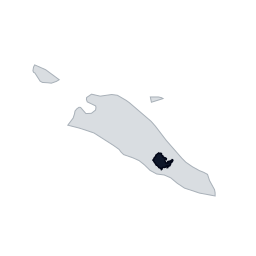 Ossu, Viqueque, East Timor shown in context, rotated 52°
{"feature_id": "22284137B78761758678939", "entity_name": "Ossu", "entity_type": "district", "adm_level": 2, "iso_a3": "TLS", "parent_name": "East Timor", "parent_adm1": "Viqueque", "projection": "albers", "projection_center": [126.407, -8.715], "detail": "fine", "context": "in_parent", "style": "filled", "palette": "ink", "viewbox_px": 256, "rotation_deg": 52, "n_neighbors": 0, "source": "geoboundaries", "source_scale": "gbopen_adm2", "svg_char_len": 4400}
<svg xmlns="http://www.w3.org/2000/svg" viewBox="0 0 256 256"><g transform="rotate(52 128 128)"><path d="M88.7,173.7L86.4,165.1L83.9,161.4L82.0,159.3L81.4,156.6L81.5,153.9L82.6,152.7L90.7,152.3L93.9,147.8L93.9,142.5L92.2,140.7L90.7,139.9L82.3,144.0L79.9,143.2L78.5,141.8L78.9,135.9L85.8,130.3L91.6,120.2L95.7,116.2L105.2,112.4L109.1,111.3L136.9,105.7L143.6,105.3L161.2,105.5L184.8,104.2L190.6,103.5L198.2,101.1L205.5,98.0L209.4,95.7L213.5,93.9L219.6,96.1L229.9,97.8L232.6,99.2L235.2,101.2L223.2,111.8L210.1,120.5L202.0,123.2L193.6,125.0L187.3,128.4L181.9,133.7L175.0,136.7L167.3,137.7L160.6,139.3L154.7,142.4L146.3,147.8L142.9,148.3L139.4,148.2L132.4,150.3L110.9,157.9L98.0,166.5L88.7,173.7ZM20.8,162.7L31.4,157.0L47.6,152.5L47.2,155.7L45.5,160.8L43.1,163.2L39.4,167.4L37.0,168.4L27.3,167.5L26.0,168.1L24.4,167.7L21.9,165.0L20.8,162.7ZM126.4,82.3L122.1,93.7L117.3,91.3L122.4,84.8L124.8,82.9L126.4,82.3Z" fill="#d9dde1" stroke="#a8b0b8" stroke-width="1"/><path d="M180.2,112.6L180.3,112.7L180.4,112.9L180.3,113.2L180.3,113.3L180.5,113.3L180.5,113.6L180.3,113.6L180.2,113.5L180.1,113.8L180.2,113.7L180.2,113.8L180.3,114.0L180.1,114.2L180.1,114.3L180.4,114.4L180.5,114.4L180.6,114.5L180.6,114.9L180.4,115.0L180.2,115.2L180.2,115.4L180.0,115.5L179.9,115.7L179.7,115.8L179.8,116.0L179.7,116.0L179.5,116.3L179.4,116.4L179.4,116.6L179.2,116.7L179.2,116.8L179.1,117.0L179.3,117.0L179.3,117.3L179.5,117.3L179.5,117.5L179.8,117.6L179.5,117.7L179.5,117.8L179.6,118.0L179.8,118.2L179.8,118.4L179.8,118.5L179.5,118.6L179.5,118.8L179.6,119.0L179.4,119.1L179.4,119.4L179.3,119.6L179.1,119.6L178.9,119.7L178.3,119.5L177.9,119.5L177.7,119.4L176.4,119.0L176.1,118.9L175.8,118.3L175.8,118.2L175.7,118.0L175.6,117.9L175.5,117.5L175.5,117.4L175.5,117.2L175.8,116.9L176.0,116.9L175.8,116.7L175.7,116.8L175.6,116.7L175.4,116.7L175.2,116.7L175.1,116.8L174.9,116.8L174.9,117.0L174.7,117.1L174.6,117.3L174.4,117.3L174.1,117.3L173.9,117.4L173.8,117.5L173.7,117.5L173.4,117.7L173.4,117.9L173.4,118.0L173.2,118.0L172.8,118.3L172.7,118.4L172.4,118.5L172.1,118.3L171.9,118.0L171.9,117.8L171.7,117.7L171.4,117.9L171.1,117.9L171.0,118.1L170.9,118.2L170.7,118.3L170.4,118.3L170.2,118.3L169.6,117.9L169.0,117.5L168.7,117.4L168.4,117.5L168.1,117.8L168.1,118.1L167.9,118.1L167.9,118.3L167.8,118.5L167.7,118.6L167.4,118.8L167.2,118.9L167.2,119.1L166.9,119.1L166.6,119.1L166.6,119.4L166.7,119.5L166.6,119.9L166.5,120.5L166.5,120.8L166.6,121.0L166.6,121.3L166.6,121.6L166.6,121.8L166.6,122.3L166.6,122.5L166.6,122.8L166.9,123.0L167.1,123.2L167.1,123.3L167.3,123.7L167.5,123.7L167.7,124.0L167.6,124.4L167.6,124.5L167.5,124.8L167.6,125.3L167.6,125.6L167.8,125.9L167.9,126.1L168.0,126.3L168.2,126.6L168.3,126.7L168.4,126.8L168.5,126.9L168.5,127.0L168.4,127.5L168.5,127.8L168.8,128.2L169.0,128.2L169.4,128.0L169.5,128.0L169.9,128.1L170.8,128.3L171.3,128.3L171.6,128.3L171.7,128.2L171.8,128.2L173.0,128.4L174.0,128.5L174.3,128.4L174.5,128.5L174.8,128.6L174.9,128.4L175.1,128.3L175.3,128.1L175.5,128.0L175.7,127.9L176.0,127.9L176.1,128.0L176.4,128.0L176.9,127.9L177.0,127.9L177.3,127.7L177.5,127.7L177.6,127.9L177.8,128.0L178.0,128.0L178.3,128.0L178.6,127.8L178.7,127.6L178.8,127.5L179.3,127.4L179.6,127.3L179.7,127.2L179.9,127.1L180.0,127.2L180.3,127.2L180.5,127.1L180.8,127.2L181.1,127.1L181.3,127.2L181.3,126.9L181.3,126.7L181.2,126.7L181.0,126.4L180.9,126.3L180.9,126.2L181.0,126.1L180.9,126.0L180.7,125.9L180.6,125.7L180.6,125.2L180.4,124.9L180.4,124.7L181.4,123.7L181.6,123.5L181.6,123.3L181.6,123.2L181.9,122.8L181.9,122.1L181.6,121.8L181.7,121.7L181.8,121.4L181.8,121.2L182.0,121.2L182.3,121.2L182.5,121.2L182.8,121.2L183.0,121.2L183.0,121.3L183.3,121.5L183.5,121.6L183.6,121.4L183.8,121.3L183.7,121.3L183.7,121.2L183.4,121.0L183.5,121.0L183.4,121.0L183.3,120.9L183.2,120.9L183.2,120.7L183.1,120.8L183.0,120.7L182.9,120.6L182.9,120.4L183.0,120.4L182.9,120.4L182.8,120.1L182.9,119.9L183.0,119.8L183.1,119.7L182.9,119.5L182.8,119.4L182.7,119.4L182.8,119.3L182.7,119.2L182.8,119.0L182.9,118.8L183.0,118.8L183.2,118.7L183.4,118.5L183.5,118.3L183.5,118.2L183.4,118.0L183.1,117.6L182.9,117.1L182.8,116.9L182.7,116.9L182.7,116.7L182.2,116.2L181.9,115.9L181.9,115.7L181.9,115.4L181.8,115.2L181.7,115.1L181.8,114.9L181.7,114.7L181.7,114.4L181.8,114.4L181.9,114.1L181.8,113.9L181.6,113.8L181.6,113.7L181.4,113.7L181.2,113.4L181.3,113.2L181.2,112.9L181.2,112.7L180.4,112.4L180.2,112.6Z" fill="#0f172a" stroke="#020617" stroke-width="1.5"/></g></svg>